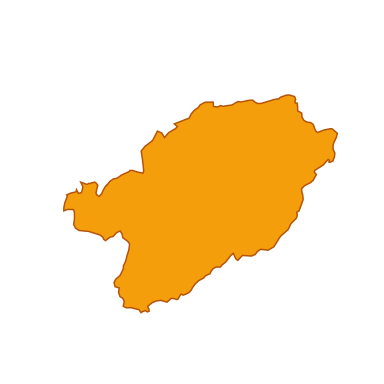 Pita, Pita, Guinea, rotated 209°
{"feature_id": "49546643B45846614697329", "entity_name": "Pita", "entity_type": "district", "adm_level": 2, "iso_a3": "GIN", "parent_name": "Guinea", "parent_adm1": "Pita", "projection": "robinson", "projection_center": [-12.584, 10.91], "detail": "fine", "context": "isolated", "style": "filled", "palette": "amber", "viewbox_px": 384, "rotation_deg": 209, "n_neighbors": 0, "source": "geoboundaries", "source_scale": "gbopen_adm2", "svg_char_len": 2917}
<svg xmlns="http://www.w3.org/2000/svg" viewBox="0 0 384 384"><g transform="rotate(209 192 192)"><path d="M295.0,113.4L292.4,116.4L287.2,119.2L285.2,117.5L282.0,112.0L279.7,106.2L276.4,103.9L272.1,103.6L263.3,107.4L251.6,109.8L248.1,109.2L246.4,107.9L244.1,107.5L243.1,109.9L241.6,113.0L239.4,114.8L238.3,119.8L236.0,123.0L233.1,121.6L232.2,120.6L230.5,118.6L227.7,118.1L225.2,117.9L222.3,116.9L221.0,115.5L219.6,111.9L219.1,110.3L218.6,107.8L217.8,104.1L217.3,102.3L216.4,98.9L216.2,94.1L214.9,91.7L214.6,87.5L214.5,83.9L216.4,78.8L216.3,75.0L213.4,71.9L209.2,72.8L207.6,68.7L204.4,65.7L200.9,65.4L198.1,63.3L196.8,58.8L193.4,58.8L189.2,61.3L187.2,61.8L186.0,62.1L181.5,63.4L178.0,61.7L177.5,63.1L175.5,65.5L172.8,65.6L171.7,67.0L172.9,68.8L174.1,69.3L175.3,70.6L174.1,73.6L172.9,76.3L170.3,79.5L166.5,82.2L163.4,82.9L160.5,83.5L158.6,88.9L157.0,89.7L155.2,90.2L153.1,90.6L152.3,91.8L152.3,95.4L151.9,97.5L149.6,97.6L147.3,100.4L145.8,102.8L145.1,105.7L145.2,108.3L144.7,112.7L143.4,117.3L140.1,122.5L139.6,125.3L136.6,129.3L136.9,131.8L136.4,135.0L134.7,137.9L130.8,140.1L130.3,142.9L128.7,146.7L127.2,155.6L126.1,158.4L121.1,154.7L118.8,154.4L117.1,161.0L109.0,164.8L106.4,168.0L106.0,171.6L104.1,175.2L97.2,178.0L93.8,183.8L93.2,195.9L89.7,205.8L90.1,212.0L88.0,219.9L88.8,223.1L90.6,224.9L89.2,227.3L91.1,239.2L93.8,243.2L95.6,244.8L97.8,248.1L96.4,252.5L93.0,257.4L91.7,260.9L91.7,267.6L94.5,268.6L95.1,270.4L90.3,279.3L88.7,286.5L87.4,286.4L86.7,284.5L85.9,284.7L83.8,287.4L84.5,292.0L86.0,295.4L89.3,297.7L91.2,301.1L91.9,304.1L92.2,309.6L93.3,313.8L99.9,315.2L101.6,314.5L106.4,310.4L111.2,304.8L113.6,305.5L115.8,307.3L118.6,309.8L121.9,310.2L125.7,308.8L129.2,309.0L132.4,311.1L134.2,314.2L138.9,314.2L141.2,318.1L143.0,320.7L144.8,319.9L146.0,321.4L146.2,323.2L148.5,325.2L153.7,324.1L156.5,322.4L160.7,317.6L161.2,315.6L164.5,313.2L174.6,302.9L176.7,301.7L177.9,301.1L181.3,301.2L183.3,301.8L186.3,300.1L192.8,294.5L195.7,293.4L199.3,287.4L203.5,284.3L206.2,282.1L208.9,281.4L210.7,278.9L214.5,277.2L215.9,279.0L216.5,280.3L217.1,280.4L217.3,280.8L220.2,279.1L224.1,276.8L227.1,272.2L227.6,268.6L229.5,264.9L230.5,260.2L230.3,255.3L240.5,243.0L236.6,242.2L237.1,239.6L241.2,232.6L242.4,226.3L247.0,228.9L251.8,228.5L251.4,218.0L255.2,209.3L256.3,203.2L251.2,196.6L247.3,191.1L244.4,186.9L244.0,184.7L249.5,183.0L254.8,181.9L256.7,180.8L256.8,179.5L262.0,172.5L263.5,169.1L264.4,167.5L267.0,165.5L269.0,161.6L269.7,156.2L269.9,157.0L270.2,156.3L270.3,155.7L270.5,153.6L270.5,150.8L270.2,146.6L271.2,143.2L272.2,143.0L273.6,143.4L275.4,144.3L276.0,146.4L276.6,147.8L277.1,150.2L277.6,152.1L280.0,153.3L281.9,153.5L282.8,152.5L284.3,151.4L285.2,149.9L286.4,149.6L287.5,147.7L294.1,146.7L290.1,143.8L288.9,140.3L288.4,137.8L290.8,135.7L294.1,138.0L293.7,136.5L293.7,135.7L297.4,132.4L300.2,128.7L299.1,128.3L297.9,120.5L296.4,116.0L295.0,113.4Z" fill="#f59e0b" stroke="#b45309" stroke-width="1.5"/></g></svg>